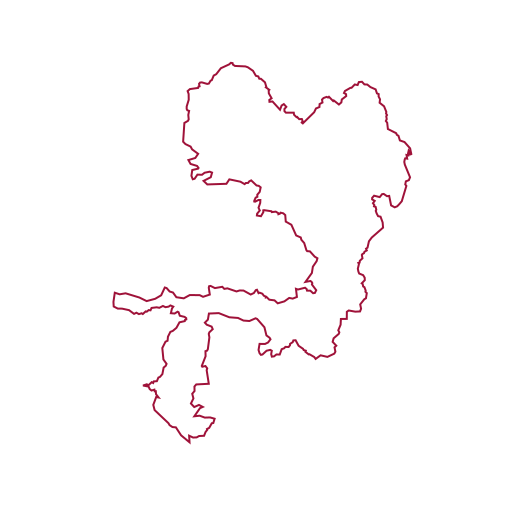 Piaxtla, Puebla, Mexico, rotated 17°
{"feature_id": "50627088B9303595421400", "entity_name": "Piaxtla", "entity_type": "district", "adm_level": 2, "iso_a3": "MEX", "parent_name": "Mexico", "parent_adm1": "Puebla", "projection": "orthographic", "projection_center": [-98.274, 18.085], "detail": "fine", "context": "isolated", "style": "outline", "palette": "rose", "viewbox_px": 512, "rotation_deg": 17, "n_neighbors": 0, "source": "geoboundaries", "source_scale": "gbopen_adm2", "svg_char_len": 6099}
<svg xmlns="http://www.w3.org/2000/svg" viewBox="0 0 512 512"><g transform="rotate(17 256 256)"><path d="M254.2,444.8L258.9,443.1L259.2,439.1L260.2,436.5L259.7,435.8L261.5,434.0L262.6,428.9L264.0,428.2L264.0,423.7L259.3,423.8L254.3,425.5L248.8,425.2L243.9,427.3L246.9,417.9L249.2,415.9L245.0,415.1L241.1,418.5L236.9,416.1L237.8,410.5L235.3,406.4L236.7,403.1L235.3,398.8L236.4,396.3L248.2,392.0L242.2,379.6L242.2,377.7L239.8,376.0L237.0,377.6L236.3,377.0L237.1,366.6L235.5,361.8L236.9,360.8L237.2,359.2L235.2,347.4L233.6,344.3L233.7,342.6L236.0,338.6L234.2,336.5L229.0,336.1L226.6,334.7L228.6,330.9L227.8,324.8L237.1,321.5L248.4,322.4L256.9,320.5L262.9,321.4L268.7,320.1L273.8,315.7L275.5,315.9L284.9,321.7L289.2,328.9L292.9,330.2L294.2,331.4L292.8,335.2L290.3,337.5L285.1,339.0L285.9,345.1L287.8,347.9L289.6,349.1L291.0,348.3L293.8,343.5L297.1,341.6L298.8,342.0L299.2,345.4L300.6,347.6L302.6,346.7L304.3,344.2L307.5,343.3L307.8,337.6L309.9,336.0L310.7,334.3L313.8,333.5L314.6,331.4L314.3,330.0L316.3,327.7L316.4,325.8L318.5,325.0L323.0,329.4L328.1,331.0L329.1,332.0L331.3,332.0L331.3,333.2L335.2,334.7L335.8,334.3L341.3,335.6L343.1,337.0L346.8,332.1L353.8,331.6L359.4,326.5L359.9,324.3L357.8,320.4L359.0,318.3L354.4,315.7L354.3,312.0L357.9,306.3L358.0,304.6L356.4,303.0L357.0,297.0L355.6,291.4L361.2,289.6L359.2,282.8L360.6,281.0L367.2,280.2L371.7,278.6L371.9,275.7L369.8,271.8L372.2,265.7L373.5,264.3L372.8,259.1L371.1,258.2L371.0,257.0L368.8,254.1L367.4,253.8L366.2,251.6L365.1,251.2L367.1,247.3L366.3,245.0L364.1,243.0L359.8,242.6L358.5,241.0L357.1,238.4L356.8,233.6L355.9,232.7L357.0,232.0L356.7,230.2L358.5,227.1L356.9,224.0L357.2,223.0L358.4,221.8L358.5,220.2L360.3,218.3L359.1,216.9L360.2,215.4L359.7,208.9L361.3,204.5L369.2,191.7L367.3,186.9L363.6,182.0L361.1,182.2L359.0,180.1L357.3,177.8L357.5,176.6L356.1,174.1L354.3,174.0L354.3,172.7L352.4,171.3L353.4,168.6L350.5,167.9L350.1,166.4L351.3,163.8L357.1,163.5L358.5,160.0L360.0,159.3L363.8,160.5L365.8,159.6L370.4,168.1L374.4,168.9L376.5,167.2L377.7,164.9L379.4,161.0L379.3,145.0L377.8,143.9L377.5,140.8L380.0,138.8L380.3,135.7L371.6,125.1L370.3,122.7L370.0,120.1L370.2,118.9L372.1,118.7L370.4,115.4L372.5,115.3L372.6,114.6L371.4,113.6L371.2,110.7L374.3,113.5L374.7,113.1L371.9,108.0L364.7,103.6L359.8,103.4L357.1,99.4L355.2,98.9L354.2,97.6L345.0,96.0L342.5,90.2L340.7,88.9L341.0,86.9L339.7,84.3L340.1,82.9L338.7,81.7L338.5,80.1L334.7,75.4L329.4,73.3L328.8,69.9L326.6,67.6L326.0,65.3L324.1,65.1L321.7,61.7L316.0,61.0L312.3,59.5L309.5,60.2L306.4,58.4L303.5,59.6L303.2,62.8L300.3,63.1L298.2,67.2L297.1,67.6L292.8,72.2L292.5,74.4L294.8,74.9L295.5,76.7L292.3,81.2L292.7,84.2L291.0,86.9L284.9,84.5L284.5,85.3L279.2,82.4L278.6,83.4L277.0,83.2L274.4,85.2L273.4,87.1L274.7,89.8L272.4,92.1L273.1,95.0L270.2,97.4L269.6,101.5L262.0,115.5L260.7,115.0L261.2,113.4L259.8,111.6L257.3,112.5L254.9,111.1L254.3,112.2L254.6,111.6L251.1,109.8L250.2,107.9L242.7,110.2L240.9,109.2L240.2,107.1L241.4,104.5L238.2,102.6L236.5,104.6L236.2,109.1L226.6,103.4L223.8,104.6L223.1,102.9L224.8,100.6L220.7,96.7L219.7,93.9L220.1,93.2L216.1,91.8L216.4,91.2L213.8,87.3L208.9,85.1L207.3,85.5L205.7,83.6L203.2,83.7L199.0,79.8L193.0,77.9L190.4,77.8L180.3,80.4L177.9,79.7L177.2,78.4L175.5,78.6L174.3,80.6L167.5,86.7L164.8,93.8L162.8,95.8L162.3,100.8L161.3,101.6L160.5,104.9L159.0,105.7L153.4,105.8L151.8,106.5L151.2,108.0L152.4,110.2L151.5,110.7L151.5,112.2L144.0,115.7L142.4,118.3L144.2,120.7L146.0,126.3L146.0,133.3L146.7,135.6L147.7,136.7L149.6,136.8L150.0,140.9L151.7,145.0L151.4,146.7L148.6,149.7L152.9,168.0L155.8,169.6L161.5,170.5L163.7,172.7L170.8,175.2L169.3,180.0L163.3,184.0L166.5,187.1L173.3,187.1L175.3,188.6L175.1,189.4L169.9,192.4L170.8,198.2L173.1,201.1L174.7,200.1L176.2,195.3L180.6,194.1L182.5,191.4L187.1,188.9L189.6,189.1L189.7,193.9L183.9,199.5L188.5,201.8L206.6,195.6L208.1,190.5L219.4,189.5L224.1,190.6L224.9,189.2L227.1,188.4L227.7,186.6L229.3,185.1L235.9,188.4L238.1,188.1L240.4,189.0L240.8,193.6L239.3,197.0L240.0,199.0L238.6,200.3L238.2,203.7L238.4,204.4L239.3,204.3L242.0,201.7L243.8,201.2L244.5,204.0L244.3,209.1L246.3,211.4L244.7,215.2L245.0,217.0L249.1,216.5L250.2,211.9L249.6,210.2L250.3,209.8L257.7,208.7L258.3,209.4L261.9,207.8L264.7,208.5L265.2,209.5L266.5,208.5L266.8,207.4L269.6,207.2L272.0,208.3L274.4,214.4L280.7,215.8L288.4,224.6L293.4,225.2L294.6,227.2L298.3,229.5L302.5,235.7L303.5,236.4L306.2,235.8L312.4,239.5L315.4,240.2L315.5,243.2L313.5,249.6L314.4,255.9L310.9,266.3L315.3,264.0L316.6,264.4L317.8,265.5L317.8,266.9L323.6,271.1L323.1,274.1L321.5,274.9L318.1,273.3L314.9,274.2L314.2,272.9L312.2,272.0L305.9,275.8L303.8,275.7L307.1,283.2L303.6,286.0L300.0,286.4L296.4,291.1L290.6,294.9L286.7,293.0L281.5,293.9L278.0,292.1L277.4,292.7L277.1,291.9L275.1,291.7L273.1,290.2L270.2,290.0L269.3,290.8L266.8,288.0L265.8,288.7L264.8,292.0L262.2,294.4L254.2,292.7L250.5,293.7L247.7,295.6L238.1,295.3L235.3,296.7L232.8,295.3L226.1,298.7L221.3,297.9L220.0,298.6L220.1,300.1L223.1,306.4L217.3,310.5L213.6,309.9L204.1,312.7L199.3,317.6L191.9,318.7L187.3,315.2L183.8,315.2L179.9,312.8L178.0,312.8L176.8,321.3L172.1,326.4L164.6,331.1L156.6,329.8L142.2,329.8L136.8,332.5L131.7,332.4L133.1,341.6L134.7,345.9L139.2,346.7L143.3,345.5L150.4,344.9L156.3,347.0L158.2,345.2L161.0,345.8L163.4,344.2L164.7,344.6L166.7,341.2L167.8,341.2L169.2,339.1L171.0,338.8L171.3,336.2L176.0,334.1L178.7,333.8L181.6,331.0L184.4,331.4L187.2,330.0L188.6,328.3L191.7,328.6L191.0,330.8L191.3,335.6L195.0,334.8L197.3,332.2L198.4,332.4L200.6,335.4L205.5,335.1L207.4,335.8L207.9,337.0L206.8,337.9L206.9,339.1L202.2,341.8L200.9,348.0L198.3,352.0L196.3,353.6L195.4,358.9L196.2,362.9L194.5,364.4L193.3,371.4L197.7,382.0L202.0,385.3L201.8,387.4L200.3,389.7L201.0,396.3L199.5,399.7L198.2,400.8L197.8,404.7L194.9,405.8L194.8,407.5L193.2,407.1L190.9,411.1L189.1,410.6L185.8,412.9L191.5,412.3L193.2,414.3L195.4,415.2L197.9,413.5L198.7,415.0L199.7,414.6L200.8,417.4L204.2,419.8L201.8,420.0L201.3,428.4L204.1,433.0L221.2,441.5L222.8,443.0L226.1,444.0L229.5,443.3L236.8,449.4L246.9,453.6L244.6,447.4L248.9,448.0L252.3,446.8L254.2,444.8Z" fill="none" stroke="#9f1239" stroke-width="2"/></g></svg>